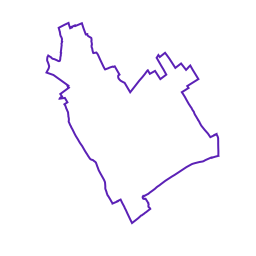 Mileanca, Botosani, Romania (orthographic projection), rotated 13°
{"feature_id": "2599482B95584741287260", "entity_name": "Mileanca", "entity_type": "district", "adm_level": 2, "iso_a3": "ROU", "parent_name": "Romania", "parent_adm1": "Botosani", "projection": "orthographic", "projection_center": [26.724, 48.084], "detail": "fine", "context": "isolated", "style": "outline", "palette": "violet", "viewbox_px": 256, "rotation_deg": 13, "n_neighbors": 0, "source": "geoboundaries", "source_scale": "gbopen_adm2", "svg_char_len": 5511}
<svg xmlns="http://www.w3.org/2000/svg" viewBox="0 0 256 256"><g transform="rotate(13 128 128)"><path d="M167.9,201.8L167.5,201.3L167.0,201.0L166.6,200.7L165.9,200.4L165.7,200.2L165.4,199.5L165.3,198.6L165.3,197.7L165.1,197.4L164.7,197.1L164.7,196.9L164.6,196.6L164.6,196.4L164.1,196.1L163.9,195.8L163.5,195.4L162.9,194.8L162.6,194.6L161.6,193.5L161.4,193.4L161.0,193.0L160.9,193.0L160.6,193.1L160.4,193.1L160.1,193.2L159.9,193.4L159.8,193.5L159.4,193.5L159.0,193.5L158.9,193.5L158.5,193.3L158.2,192.9L157.9,192.4L157.9,192.1L157.8,191.9L157.8,191.7L158.0,191.3L158.1,191.2L158.2,190.9L158.2,190.7L158.6,190.6L158.8,190.5L159.0,190.8L159.9,189.9L161.4,188.6L161.6,188.4L161.8,188.2L162.5,187.7L162.9,187.2L163.4,186.5L163.7,186.1L166.5,182.9L168.0,181.1L169.2,179.3L170.4,177.9L171.5,176.8L172.6,175.4L176.3,171.0L181.8,165.3L183.8,163.4L186.5,160.6L193.8,152.9L197.6,149.5L198.1,149.0L199.3,148.2L201.3,147.1L205.4,145.0L207.9,144.0L209.0,143.4L210.6,141.9L212.6,140.4L215.8,138.0L216.3,137.8L216.5,138.1L216.9,137.8L219.5,136.3L222.4,134.8L222.2,134.5L222.1,134.1L222.0,133.5L221.5,131.2L220.7,128.1L220.4,127.0L219.5,123.4L219.4,123.0L219.0,121.2L218.5,119.2L218.3,118.5L218.3,118.2L217.9,117.2L217.7,116.9L217.5,116.5L217.2,116.0L217.0,115.8L216.0,114.6L215.7,114.2L215.6,113.9L213.9,115.2L214.1,115.4L210.3,118.4L207.2,115.5L206.8,115.2L203.3,112.7L202.9,112.4L199.1,109.4L198.1,108.4L197.8,108.1L197.7,107.9L197.3,107.4L196.5,106.6L196.4,106.3L195.7,105.5L195.0,104.9L194.6,104.6L194.6,104.4L193.3,103.1L191.7,101.4L190.1,99.8L189.5,99.0L189.2,98.6L188.7,97.7L188.3,97.2L187.7,96.7L187.4,96.5L187.0,96.1L186.0,95.0L185.7,94.6L185.2,94.0L184.2,93.2L183.6,92.6L182.6,91.6L182.2,91.3L179.7,88.6L178.7,87.5L177.2,85.8L176.8,85.3L176.0,84.5L175.3,83.8L173.9,82.4L172.7,81.3L172.4,81.0L178.0,75.4L176.3,73.8L185.6,64.5L177.9,56.7L174.6,53.1L173.5,54.8L172.6,56.5L171.5,58.3L165.2,53.2L160.6,58.8L152.7,51.1L149.6,48.4L147.2,46.4L143.0,51.7L141.2,50.1L140.3,52.7L140.1,53.2L140.3,53.4L140.5,53.5L141.2,54.3L146.3,59.8L149.4,63.0L153.3,67.4L148.5,73.1L141.5,66.3L137.1,70.3L134.3,67.3L134.2,67.4L133.9,67.9L133.0,69.9L132.3,71.6L130.5,75.3L128.4,79.2L125.0,86.5L122.1,92.7L114.5,84.7L113.4,84.5L111.2,83.9L110.0,83.5L108.9,82.8L107.7,81.9L107.1,80.9L106.7,79.5L106.8,78.9L107.4,78.2L107.7,77.9L101.2,70.9L100.6,71.3L99.9,71.8L99.5,71.7L99.3,71.6L99.1,71.7L97.9,72.4L97.1,72.9L95.9,73.7L95.5,74.1L94.6,74.7L92.9,75.8L92.5,76.1L92.4,76.1L90.1,73.5L89.6,72.8L89.1,72.2L85.6,67.8L82.5,63.7L81.5,62.6L81.3,62.4L80.4,61.8L80.2,61.6L77.4,62.8L77.2,62.7L76.0,60.5L75.2,58.5L74.5,57.6L74.3,57.2L73.9,55.6L74.1,55.3L74.1,55.0L74.0,54.6L73.9,54.2L73.7,53.7L73.2,52.5L72.9,52.0L72.7,51.5L72.7,51.3L72.8,50.9L72.7,50.5L72.4,49.5L72.0,48.6L71.9,48.5L71.7,48.4L69.1,47.6L68.4,47.3L67.6,46.7L67.4,46.4L67.2,45.7L65.8,46.3L62.0,40.5L59.5,36.3L53.7,40.5L53.5,40.3L53.4,40.1L53.0,40.4L52.9,40.2L51.3,41.4L50.4,42.0L50.8,42.6L49.2,43.8L47.8,41.6L46.4,39.0L43.2,41.5L37.9,46.0L38.0,46.2L38.2,46.4L38.5,47.1L38.7,47.3L38.9,47.6L39.0,48.0L39.6,49.0L39.8,49.4L40.0,49.6L40.1,50.1L40.5,50.9L40.7,51.5L40.9,52.2L41.3,52.8L41.8,53.7L42.1,54.0L42.5,54.3L42.9,54.9L43.1,55.2L43.7,56.2L43.7,56.5L43.8,57.3L44.0,58.2L44.1,58.7L44.2,58.8L44.4,58.8L44.4,59.0L44.3,59.3L44.3,59.6L44.4,59.8L44.2,60.8L44.4,61.3L44.7,62.1L44.8,62.5L44.8,63.1L44.9,63.8L45.2,66.5L45.3,67.4L45.5,69.6L45.9,69.8L46.0,69.9L45.9,70.2L45.9,70.3L45.9,70.5L45.9,70.8L46.0,71.3L46.0,71.7L46.1,72.0L46.2,72.3L46.2,72.5L46.2,73.1L46.2,74.4L46.5,76.2L46.5,77.0L46.5,77.7L46.2,78.1L45.7,78.4L45.0,78.4L43.5,78.0L42.9,77.9L41.9,77.7L40.9,77.5L40.1,77.5L39.2,77.5L38.2,77.2L36.7,76.2L36.0,76.1L34.7,75.6L34.2,75.5L34.0,75.4L33.9,76.0L33.6,76.6L33.6,77.1L33.6,78.0L33.8,79.2L33.9,80.0L34.2,80.7L34.7,81.4L35.0,81.7L36.2,83.6L37.1,85.2L37.3,85.6L37.3,86.8L37.3,87.7L37.1,88.6L36.6,90.3L36.1,92.3L36.9,92.4L43.4,93.1L60.2,100.1L59.7,100.7L60.1,101.0L60.2,101.3L60.4,101.1L61.4,101.9L60.9,102.5L54.4,110.1L56.6,112.1L55.6,113.2L55.3,113.7L55.0,114.2L54.8,114.6L54.8,114.8L59.7,112.9L63.2,116.6L60.7,119.2L61.7,120.1L62.1,120.6L63.0,122.0L63.3,122.6L63.6,123.1L64.0,123.4L65.1,125.0L65.5,125.5L65.8,125.9L66.0,126.1L66.2,126.6L66.5,127.7L66.9,128.7L67.0,129.1L67.2,129.7L67.3,130.2L67.6,130.7L68.0,131.6L68.2,132.1L68.6,133.6L68.7,134.8L68.8,135.2L69.0,135.5L69.3,135.8L71.1,138.3L72.2,139.4L72.4,139.9L72.9,140.4L73.3,140.9L73.8,141.4L74.5,142.2L75.2,143.1L75.9,143.9L77.0,145.3L78.9,147.5L81.0,149.6L81.7,150.3L82.8,151.5L84.5,153.3L85.6,154.3L86.6,155.2L87.3,155.8L89.8,158.5L91.1,159.9L91.5,160.3L92.3,161.1L93.3,162.1L94.0,162.7L95.3,164.1L96.1,164.8L97.0,165.7L98.2,166.7L98.5,166.8L98.8,166.9L99.4,167.1L100.9,167.1L101.1,167.2L102.1,167.7L103.8,168.4L104.2,168.7L104.5,168.9L104.8,169.4L105.5,170.4L105.8,170.9L106.2,171.5L106.4,171.8L106.6,172.2L107.4,173.3L108.6,175.2L109.0,175.8L110.5,177.5L111.9,179.1L112.4,179.6L113.0,180.3L115.2,182.7L116.6,184.3L117.7,185.9L117.8,186.1L118.2,187.3L119.0,189.9L119.2,190.8L119.3,191.3L119.4,191.7L119.5,192.0L119.7,192.5L120.1,193.1L121.4,195.1L121.9,196.1L123.0,197.8L123.2,198.1L123.5,198.4L123.7,198.6L124.0,198.7L124.3,199.0L125.2,200.0L125.9,200.7L127.5,202.4L127.9,202.9L128.6,203.6L129.8,204.9L129.9,205.1L134.3,201.9L134.1,201.7L136.9,199.4L139.3,202.4L142.2,205.7L142.7,206.5L144.6,208.7L146.4,211.1L149.1,214.5L151.0,216.9L153.3,219.7L158.0,213.9L159.7,211.5L160.3,210.5L160.5,210.3L161.2,209.9L161.9,209.0L163.1,207.7L163.7,206.8L164.8,205.7L165.3,205.0L167.9,201.8Z" fill="none" stroke="#5b21b6" stroke-width="2"/></g></svg>